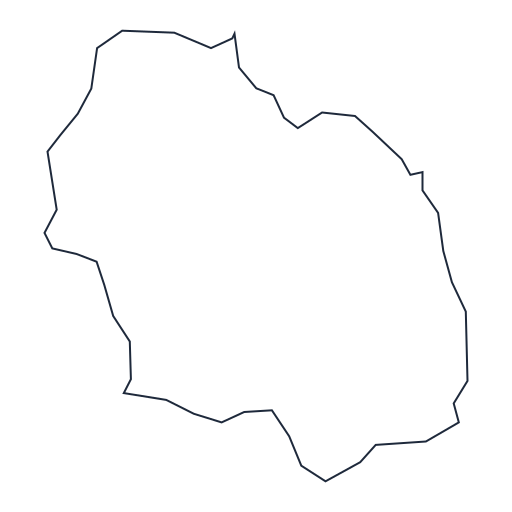 Skinnskatteberg, Västmanland, Sweden (Mercator projection)
{"feature_id": "70781695B12351867111175", "entity_name": "Skinnskatteberg", "entity_type": "district", "adm_level": 2, "iso_a3": "SWE", "parent_name": "Sweden", "parent_adm1": "Västmanland", "projection": "mercator", "projection_center": [15.738, 59.815], "detail": "fine", "context": "isolated", "style": "outline", "palette": "slate", "viewbox_px": 512, "rotation_deg": 0, "n_neighbors": 0, "source": "geoboundaries", "source_scale": "gbopen_adm2", "svg_char_len": 730}
<svg xmlns="http://www.w3.org/2000/svg" viewBox="0 0 512 512"><path d="M47.5,151.6L56.7,209.7L44.5,232.9L52.3,248.4L76.6,254.0L96.6,261.7L104.3,285.0L113.2,316.0L129.8,341.5L130.9,379.2L123.8,393.1L166.2,399.9L193.9,413.8L221.6,422.4L244.2,412.0L271.9,410.3L289.2,436.3L301.3,465.7L325.5,481.3L360.2,462.2L375.7,444.9L425.9,441.5L458.8,422.4L458.6,421.6L453.7,403.4L467.5,380.9L465.8,311.6L451.9,282.2L443.3,251.0L438.1,212.9L422.5,190.4L422.5,172.1L410.4,174.8L401.7,159.2L372.3,131.5L355.0,116.0L322.1,112.5L297.8,128.1L284.0,117.7L273.6,95.2L256.3,88.3L239.0,67.5L234.5,33.7L232.3,38.4L211.0,48.1L174.3,32.7L122.2,30.7L97.1,48.1L91.3,88.6L77.8,113.7L60.4,135.0L47.5,151.6Z" fill="none" stroke="#1e293b" stroke-width="2"/></svg>